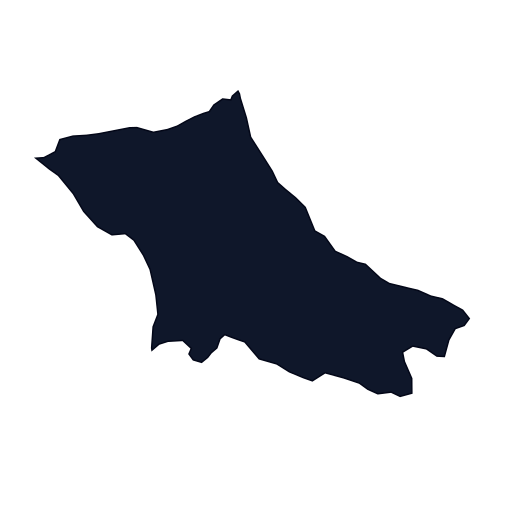 Softades, Larnaca, Cyprus (Robinson projection), rotated 259°
{"feature_id": "46923920B50820713995744", "entity_name": "Softades", "entity_type": "district", "adm_level": 2, "iso_a3": "CYP", "parent_name": "Cyprus", "parent_adm1": "Larnaca", "projection": "robinson", "projection_center": [33.542, 34.822], "detail": "fine", "context": "isolated", "style": "filled", "palette": "ink", "viewbox_px": 512, "rotation_deg": 259, "n_neighbors": 0, "source": "geoboundaries", "source_scale": "gbopen_adm2", "svg_char_len": 1394}
<svg xmlns="http://www.w3.org/2000/svg" viewBox="0 0 512 512"><g transform="rotate(259 256 256)"><path d="M183.4,135.9L188.0,144.0L189.1,153.2L187.1,168.0L177.6,174.9L172.6,171.5L166.0,174.6L162.0,182.3L165.7,189.2L169.5,193.5L173.2,200.0L181.6,204.9L184.8,210.3L181.0,216.3L176.7,223.5L173.8,228.6L154.4,239.5L146.1,255.8L136.0,266.6L127.6,279.2L122.7,287.5L128.2,301.5L119.6,318.9L111.5,333.2L103.8,340.4L97.5,349.3L96.6,362.7L90.7,370.7L91.6,382.8L106.1,385.5L124.1,381.5L133.6,381.5L137.7,392.6L132.3,405.6L123.2,414.5L121.4,421.7L136.8,429.3L146.7,437.7L148.1,447.1L151.4,450.7L153.9,453.4L163.4,448.5L169.7,440.9L178.3,431.0L183.3,419.9L191.4,408.3L195.4,399.3L203.6,381.5L210.3,373.9L227.0,361.8L230.6,353.8L237.9,345.3L245.5,334.6L262.2,327.0L269.4,318.5L294.3,313.6L305.5,306.0L316.4,297.0L324.0,291.2L336.2,288.1L351.1,282.3L373.7,273.4L393.5,272.9L413.8,270.7L418.4,270.7L421.3,269.8L417.5,263.3L414.0,261.1L416.5,253.2L412.3,243.5L406.6,237.7L406.0,231.8L404.3,222.3L401.7,213.2L398.5,203.5L397.0,193.2L397.0,178.9L404.8,163.5L406.0,156.3L406.0,137.2L406.0,124.9L406.8,112.6L408.6,99.2L407.7,85.7L396.7,78.9L393.0,66.6L394.0,58.6L380.9,69.7L372.8,77.4L352.0,88.6L332.6,95.4L315.0,106.0L304.3,118.6L302.9,132.0L294.8,139.2L278.1,145.7L263.0,149.5L237.0,150.3L233.3,150.0L217.4,148.6L206.1,141.5L185.6,136.0L183.4,135.9Z" fill="#0f172a" stroke="#020617" stroke-width="1.5"/></g></svg>